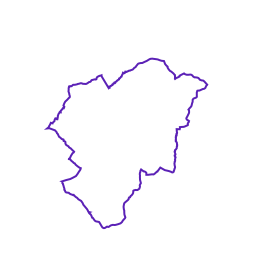 Agnita, Sibiu, Romania (orthographic projection), rotated 51°
{"feature_id": "2599482B25260320092709", "entity_name": "Agnita", "entity_type": "district", "adm_level": 2, "iso_a3": "ROU", "parent_name": "Romania", "parent_adm1": "Sibiu", "projection": "orthographic", "projection_center": [24.621, 46.003], "detail": "fine", "context": "isolated", "style": "outline", "palette": "violet", "viewbox_px": 256, "rotation_deg": 51, "n_neighbors": 0, "source": "geoboundaries", "source_scale": "gbopen_adm2", "svg_char_len": 5778}
<svg xmlns="http://www.w3.org/2000/svg" viewBox="0 0 256 256"><g transform="rotate(51 128 128)"><path d="M191.1,209.0L191.3,207.8L191.3,206.9L191.5,206.3L192.4,205.7L192.7,205.2L192.8,203.4L193.0,202.3L193.7,200.8L195.0,199.4L195.5,198.6L196.5,196.3L197.4,193.8L197.3,191.8L196.7,190.3L196.2,187.1L195.8,186.3L193.1,185.3L191.5,184.2L189.7,182.8L188.8,182.5L187.0,181.4L186.1,180.7L184.4,178.7L184.0,177.8L183.9,173.2L183.7,172.3L183.1,171.8L182.8,171.1L182.7,170.9L183.1,170.2L183.1,169.9L182.8,169.5L182.5,168.6L182.6,167.8L182.3,166.2L181.8,165.0L180.1,163.3L180.2,162.6L180.9,161.1L181.9,160.1L182.2,159.5L182.3,157.4L181.2,155.7L180.6,155.3L179.9,154.9L179.4,154.0L179.1,152.9L178.8,152.6L175.9,151.3L173.6,149.6L172.5,148.6L171.3,147.9L170.4,147.0L169.9,146.1L169.1,145.3L168.5,143.9L171.5,143.2L171.6,142.9L172.8,142.2L173.7,142.0L174.4,142.0L175.9,143.2L177.1,141.7L179.1,138.5L180.2,137.3L180.3,135.7L180.1,133.1L180.1,132.5L180.3,132.4L180.1,132.0L180.1,131.7L179.1,127.8L183.9,125.9L187.1,123.4L189.0,122.2L190.2,121.7L190.7,121.1L190.7,119.9L190.2,119.5L189.5,118.1L189.0,117.6L188.7,116.9L188.0,116.0L186.3,115.2L184.6,114.1L184.2,113.4L183.8,113.2L183.4,112.7L183.4,112.3L182.8,111.7L182.0,111.3L181.7,110.7L180.9,110.1L180.7,109.6L180.4,109.7L179.9,109.3L179.6,109.4L179.1,109.3L178.7,109.0L178.8,108.6L178.5,107.9L178.2,107.9L177.8,107.4L177.0,107.2L176.5,106.9L175.9,106.8L175.8,106.2L175.2,105.9L174.8,105.4L174.9,104.9L174.8,104.6L174.7,103.8L174.5,103.5L174.4,102.9L173.1,101.7L173.1,101.4L172.1,100.6L172.1,100.4L171.4,100.1L170.2,99.3L168.6,99.0L168.4,99.2L168.1,99.1L168.1,98.8L167.4,98.1L166.8,98.0L166.0,97.0L165.2,96.7L165.2,96.4L164.5,95.7L164.5,95.2L164.0,95.2L163.8,94.5L163.3,94.3L163.4,94.0L163.3,93.7L163.1,93.7L162.4,92.7L161.7,92.5L161.2,92.0L160.6,91.7L159.5,90.9L161.5,88.6L160.6,87.5L160.0,87.1L161.3,85.1L161.8,84.6L162.5,83.2L163.4,79.8L163.3,79.5L162.2,78.8L161.9,78.3L161.7,77.2L161.4,77.0L161.0,76.2L160.4,76.3L158.9,76.9L157.9,76.9L157.2,76.6L156.7,75.7L156.6,75.2L154.8,71.3L154.2,70.6L152.9,69.6L152.5,69.5L151.8,69.5L151.4,67.9L151.2,66.2L150.8,64.8L148.9,62.3L148.6,61.7L148.1,61.1L146.7,59.9L146.4,58.7L146.6,57.8L147.2,56.1L147.2,55.7L147.2,55.2L147.0,54.8L143.8,52.3L142.7,50.7L142.9,50.2L143.9,48.8L144.8,45.3L145.3,44.5L145.5,43.8L145.5,42.6L144.6,41.0L144.2,39.2L139.8,39.4L138.5,39.7L137.9,40.2L137.4,40.8L136.0,41.6L135.6,41.8L134.6,41.7L133.3,41.9L132.6,42.3L131.6,43.2L131.3,43.4L130.9,44.0L130.4,44.5L128.8,45.0L127.6,44.9L126.1,45.5L125.6,46.1L124.4,47.9L123.3,49.1L121.5,50.1L120.9,50.1L120.8,50.3L119.8,55.0L120.4,55.5L119.9,58.0L119.5,58.9L119.5,60.6L119.3,60.6L118.5,59.8L116.4,58.2L115.7,58.4L114.5,58.3L111.3,58.9L110.2,59.4L108.1,59.5L106.0,59.2L105.7,59.1L105.2,58.6L103.6,58.9L101.6,58.9L98.6,57.9L96.9,59.6L94.8,61.0L94.1,61.3L93.0,62.1L89.5,65.4L88.6,66.6L88.1,67.9L87.7,71.1L87.0,73.7L86.5,75.9L85.3,77.6L84.5,79.4L84.5,80.2L84.8,81.4L85.1,82.9L85.4,83.6L85.4,84.1L85.2,85.2L85.5,86.9L85.5,87.7L84.8,89.6L84.7,90.3L84.1,91.0L84.1,91.6L83.8,92.3L83.8,92.8L83.5,93.4L83.5,93.9L83.3,94.2L82.9,94.2L82.6,94.5L82.8,94.7L82.7,95.1L83.2,95.8L83.2,96.2L82.6,96.9L81.9,97.1L82.1,97.5L82.7,98.0L83.1,99.3L83.4,99.9L84.0,100.6L83.8,101.4L84.0,101.8L84.2,103.0L84.0,103.3L83.9,103.8L84.6,104.4L84.3,105.9L84.5,106.4L84.3,106.8L84.3,107.2L84.6,107.8L84.3,109.1L84.4,109.5L84.9,109.7L84.9,110.0L84.3,110.2L84.4,110.4L84.5,110.9L84.2,111.2L84.2,111.5L84.4,111.7L84.7,112.4L84.4,112.9L84.8,113.3L84.6,114.0L84.6,114.5L84.4,114.9L84.6,115.3L84.5,115.9L84.2,116.2L85.1,117.0L84.8,117.3L84.9,117.9L71.3,116.0L70.4,115.4L70.3,115.8L69.8,116.7L69.4,117.7L69.0,119.7L69.5,121.1L70.2,121.9L70.0,122.6L69.2,123.3L67.9,126.2L68.0,126.5L68.3,127.5L68.4,128.0L68.2,128.7L67.8,129.4L67.7,131.5L67.4,132.7L67.3,133.0L65.2,135.3L64.2,135.8L63.5,136.5L63.2,137.2L62.5,138.8L62.2,139.2L62.0,140.1L61.1,141.9L59.9,143.5L59.9,144.2L60.0,145.5L59.8,145.9L59.3,146.3L59.3,146.5L59.0,147.2L58.6,147.4L58.7,147.8L59.3,148.0L59.5,148.9L61.0,150.1L62.1,151.2L64.2,152.0L65.0,152.5L66.7,153.2L67.4,153.9L67.5,154.5L67.4,154.9L67.8,157.3L68.0,160.2L68.8,162.1L70.0,164.1L71.4,164.1L71.9,164.8L72.1,165.2L71.7,165.3L71.9,166.0L71.7,166.1L71.9,166.6L71.8,166.8L72.1,167.5L72.3,169.5L73.5,170.4L72.7,171.1L73.1,171.6L73.1,172.4L73.4,173.2L74.5,175.0L75.1,175.4L76.8,177.4L76.6,177.7L76.1,177.9L75.8,177.8L75.1,177.9L74.8,178.4L75.5,179.9L76.4,180.9L76.5,183.1L76.9,183.7L75.4,184.7L76.1,185.9L76.1,186.1L76.7,187.4L76.8,187.9L77.5,189.2L77.5,191.1L78.4,189.7L78.5,189.4L83.9,186.2L86.3,186.1L87.5,186.5L88.3,186.3L91.4,187.1L92.7,186.7L94.9,186.4L96.3,185.4L96.7,185.5L97.3,186.1L97.6,186.2L98.4,185.6L99.3,185.4L100.0,185.8L100.8,186.5L101.1,186.5L102.3,186.7L104.8,185.8L105.2,185.8L105.8,186.0L106.6,185.8L107.9,185.3L109.5,185.2L112.5,184.8L112.8,185.5L112.7,186.9L113.7,189.8L114.8,192.0L114.8,193.3L115.0,193.5L115.9,192.8L116.4,192.6L117.6,192.7L120.0,192.2L120.8,192.2L121.4,192.0L122.1,191.6L123.4,191.8L126.0,191.3L128.5,190.6L129.5,190.0L130.3,191.1L130.8,192.5L130.9,193.1L132.0,196.3L132.6,198.7L131.9,202.4L131.3,205.0L129.6,208.7L128.0,212.8L128.2,212.7L128.6,212.9L129.5,213.7L130.6,213.7L131.1,214.1L131.7,214.2L133.9,215.2L134.9,215.5L135.5,215.9L135.9,216.4L136.8,216.3L138.0,216.8L139.2,216.6L141.1,214.8L142.3,214.7L142.8,214.4L143.4,214.2L144.8,213.3L145.7,212.9L145.8,212.3L146.8,212.3L148.8,212.0L150.2,211.5L152.2,211.4L155.2,210.3L157.9,210.5L159.5,211.0L165.3,210.9L167.1,211.2L167.9,211.5L168.5,211.4L169.3,210.8L169.2,211.2L169.5,211.3L169.5,211.7L170.4,211.9L170.6,212.3L170.6,212.0L170.9,211.8L171.1,211.5L171.8,211.4L173.0,211.6L175.1,212.3L175.6,211.9L178.9,212.1L179.9,211.9L180.6,211.5L182.7,209.7L183.0,209.6L188.4,210.4L189.4,210.4L190.6,209.8L191.1,209.0Z" fill="none" stroke="#5b21b6" stroke-width="2"/></g></svg>